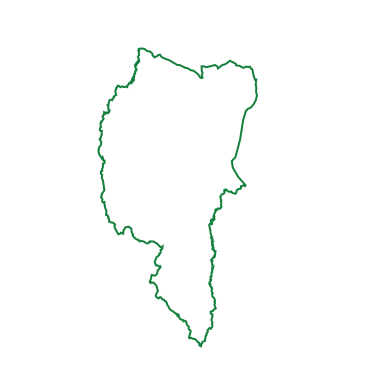 outline of Bolgatanga Municipal, Upper East, Ghana, rotated 346°
{"feature_id": "2480657B19364380807593", "entity_name": "Bolgatanga Municipal", "entity_type": "district", "adm_level": 2, "iso_a3": "GHA", "parent_name": "Ghana", "parent_adm1": "Upper East", "projection": "equal_earth", "projection_center": [-0.942, 10.748], "detail": "fine", "context": "isolated", "style": "outline", "palette": "green", "viewbox_px": 384, "rotation_deg": 346, "n_neighbors": 0, "source": "geoboundaries", "source_scale": "gbopen_adm2", "svg_char_len": 5991}
<svg xmlns="http://www.w3.org/2000/svg" viewBox="0 0 384 384"><g transform="rotate(346 192 192)"><path d="M281.5,98.4L280.2,98.2L279.9,91.8L280.3,88.1L279.7,86.7L279.0,86.5L278.5,84.3L276.8,84.3L274.8,83.4L272.6,84.0L271.4,83.7L268.9,81.3L265.3,79.6L265.5,78.2L260.7,73.9L255.0,76.1L252.1,76.1L247.1,78.4L246.8,76.0L245.0,74.4L235.7,74.4L234.2,73.0L231.7,72.4L230.8,76.9L231.1,78.8L229.8,80.9L229.8,83.7L229.0,83.8L227.9,83.1L226.2,79.0L223.0,74.9L220.1,73.4L218.7,71.8L216.6,70.2L215.6,70.0L211.1,66.1L208.4,65.1L202.1,58.9L195.9,54.5L194.8,53.0L194.4,51.3L192.7,50.8L190.9,51.8L188.2,52.2L186.8,50.0L187.0,48.2L186.3,46.8L184.7,45.2L182.9,44.6L180.2,41.4L176.4,40.2L175.0,40.3L175.0,41.7L174.2,41.8L174.5,43.1L174.0,44.3L173.9,46.3L172.5,47.4L172.2,48.2L172.7,50.7L172.2,51.6L172.5,52.3L171.7,52.9L171.9,52.3L171.5,51.7L169.6,54.2L169.4,53.2L169.0,53.5L169.1,54.4L168.5,54.4L167.9,56.1L167.4,55.6L167.1,56.7L167.4,57.2L167.3,59.2L167.8,59.3L167.6,60.5L166.0,61.1L165.7,62.9L164.4,63.5L164.6,64.4L163.8,66.1L163.4,65.6L162.6,66.4L162.7,67.1L162.0,67.1L161.8,68.1L162.9,68.8L162.7,69.5L161.9,69.7L161.5,68.8L161.1,70.2L160.6,69.4L160.3,70.6L159.2,70.3L159.2,71.7L158.2,71.1L157.1,71.3L156.9,72.1L154.9,73.2L154.5,74.5L153.7,73.9L151.1,73.7L149.7,72.6L147.8,72.9L146.6,71.2L145.6,70.9L144.7,72.3L143.5,72.8L143.5,73.8L142.4,74.7L141.9,75.9L142.0,79.4L140.5,79.8L139.3,81.1L138.9,80.8L138.5,81.9L136.7,83.6L136.2,82.9L134.7,82.7L133.9,83.3L131.9,87.0L131.2,87.2L131.8,88.2L131.0,89.4L131.2,91.9L130.9,92.4L131.7,92.7L131.3,94.1L129.5,95.1L128.8,94.2L127.8,94.2L127.5,94.8L126.1,93.3L125.6,95.6L125.0,95.3L123.3,97.4L124.0,99.2L123.6,100.1L121.5,101.2L121.4,102.2L120.7,102.1L120.7,102.5L119.8,103.0L119.3,107.2L118.6,107.3L117.5,109.3L118.1,110.7L119.4,110.9L118.5,112.8L118.6,114.1L117.2,115.8L116.2,118.0L115.1,118.3L116.1,121.4L115.0,124.3L112.2,126.7L112.1,128.0L111.5,128.5L111.1,130.6L111.0,132.7L112.3,136.7L112.8,138.1L113.7,137.0L113.8,139.9L114.8,140.5L113.9,143.0L112.4,142.9L111.7,146.1L110.3,147.9L110.1,149.8L108.6,150.0L108.1,152.4L109.0,153.4L107.8,156.8L108.4,159.3L107.4,169.1L103.8,172.3L103.8,173.1L102.5,174.9L103.4,177.3L102.8,178.4L102.7,180.0L103.4,180.7L104.5,180.5L104.7,181.2L104.1,181.6L104.2,184.5L103.8,185.0L104.4,190.4L103.7,191.3L103.1,193.4L104.2,193.8L104.5,194.8L104.4,195.8L104.9,196.1L104.4,197.5L105.0,198.3L104.9,199.6L104.3,200.6L106.6,202.2L107.7,202.5L109.2,204.2L109.4,205.5L108.7,205.7L108.5,206.4L108.5,208.7L110.3,215.2L112.2,215.1L113.1,214.3L115.2,215.8L116.3,212.4L116.8,212.4L118.7,210.2L122.1,210.3L122.3,211.0L123.7,211.9L124.2,213.1L123.8,217.1L124.6,219.1L123.9,219.8L124.6,221.7L126.7,224.6L128.6,225.5L128.7,226.9L129.5,227.4L130.7,227.0L133.7,228.7L135.3,230.8L136.3,231.1L137.2,231.0L138.6,229.9L138.9,230.5L140.1,229.9L143.1,230.9L144.1,232.4L145.2,233.0L148.0,237.7L149.1,238.2L150.3,237.7L149.4,240.0L147.6,240.4L147.5,241.6L146.7,243.4L145.9,244.2L145.3,244.0L144.7,245.4L141.6,246.9L139.0,250.8L139.2,254.5L140.7,254.7L141.9,256.2L143.3,256.2L143.2,257.4L139.5,260.1L138.5,262.8L136.5,264.0L135.4,264.1L132.8,262.7L131.4,265.9L129.2,269.0L129.8,270.1L130.2,269.4L131.8,270.5L133.0,270.7L134.8,274.4L135.0,279.7L132.0,283.2L131.8,285.0L133.9,287.2L135.7,286.2L136.9,287.7L137.2,289.0L138.8,289.9L139.3,291.5L140.2,291.7L140.7,293.4L140.6,294.8L142.3,300.7L145.9,304.7L146.5,305.9L147.6,306.4L147.9,308.2L148.8,307.4L149.3,308.1L149.2,309.0L148.5,309.4L149.5,310.8L149.7,312.4L152.5,314.3L152.4,315.4L153.7,315.2L154.7,315.8L155.2,320.1L156.3,321.9L155.7,323.7L155.8,324.6L156.9,325.7L157.1,326.8L153.8,332.4L154.3,333.4L155.6,333.1L157.4,334.6L159.6,335.6L161.6,339.5L162.3,339.7L162.6,340.5L162.1,342.3L162.5,343.1L163.4,343.8L164.1,341.9L165.1,341.5L165.7,340.1L168.7,339.5L169.1,337.6L170.3,336.0L170.3,335.0L171.5,334.4L171.6,333.1L173.5,331.6L173.4,330.4L173.8,329.7L176.3,328.2L176.8,329.2L177.3,329.2L179.1,327.5L179.6,326.3L179.3,325.3L180.2,324.0L179.9,320.6L181.8,317.5L182.2,316.0L182.0,315.5L181.6,315.8L180.8,314.5L181.1,312.7L184.1,312.2L184.9,311.2L186.8,310.8L186.5,306.6L187.7,304.8L187.2,304.1L188.1,302.7L187.8,300.0L186.5,298.6L187.0,295.2L187.6,295.1L187.0,293.6L187.2,292.2L188.2,290.8L188.1,289.7L187.5,289.4L187.6,288.6L186.9,287.4L187.6,286.2L186.8,285.7L187.1,284.8L186.8,284.7L187.4,283.6L188.6,283.0L188.5,282.1L188.9,282.3L189.6,281.0L189.2,279.1L190.0,278.3L190.5,278.4L191.4,275.2L192.3,274.5L192.1,273.8L193.0,272.4L192.9,271.4L193.5,271.4L193.5,270.6L193.8,270.9L194.7,269.7L194.9,268.6L193.9,267.3L194.4,265.9L194.1,263.0L195.2,263.4L195.1,262.3L195.9,261.0L196.9,261.0L197.6,259.9L198.2,260.4L198.9,259.3L199.0,258.0L199.6,257.8L200.0,255.6L200.6,254.9L200.4,254.5L200.4,254.9L199.3,254.9L198.9,254.1L199.4,253.2L199.0,252.5L198.1,252.1L199.4,250.9L198.7,250.1L198.8,249.6L199.3,249.7L199.5,248.3L198.8,248.4L198.8,247.2L199.5,247.1L199.2,245.6L200.3,245.2L199.9,244.8L200.2,244.1L199.8,244.0L200.4,242.6L199.6,242.2L199.5,241.3L200.1,241.4L201.1,240.1L200.6,240.4L200.1,239.6L200.1,235.9L200.6,233.1L200.3,232.1L200.7,231.3L200.5,228.9L200.8,228.0L201.7,227.2L202.8,228.1L204.0,227.7L204.0,226.4L203.1,225.8L203.5,224.8L203.3,224.3L203.6,224.0L204.0,224.9L204.8,223.6L205.8,224.6L206.1,223.6L206.6,223.8L206.8,221.8L207.2,222.3L207.2,221.8L207.8,221.5L207.7,220.2L208.3,218.5L210.3,216.5L209.9,215.8L210.7,214.9L211.2,215.4L211.7,214.7L212.7,215.2L213.5,214.2L215.0,215.0L216.4,214.2L217.1,213.2L216.8,212.2L217.9,209.3L217.7,208.0L218.5,207.1L218.2,206.6L218.4,203.3L219.9,201.8L222.8,201.2L223.6,199.9L223.5,199.0L224.1,199.0L224.1,197.8L225.3,197.6L227.8,200.6L229.8,201.3L230.3,201.1L230.8,202.6L233.6,204.2L234.9,203.2L236.0,200.9L237.1,200.9L237.8,200.2L239.9,200.7L240.4,200.2L240.9,198.2L242.1,198.4L243.5,197.9L244.8,199.1L245.6,198.3L240.4,188.4L237.5,178.0L238.1,171.6L242.5,168.8L251.4,152.7L258.9,134.8L263.9,126.4L266.3,124.9L269.8,124.2L273.4,121.4L276.2,118.2L278.4,114.1L278.4,110.4L279.7,106.0L279.8,103.4L281.5,98.4Z" fill="none" stroke="#15803d" stroke-width="2"/></g></svg>